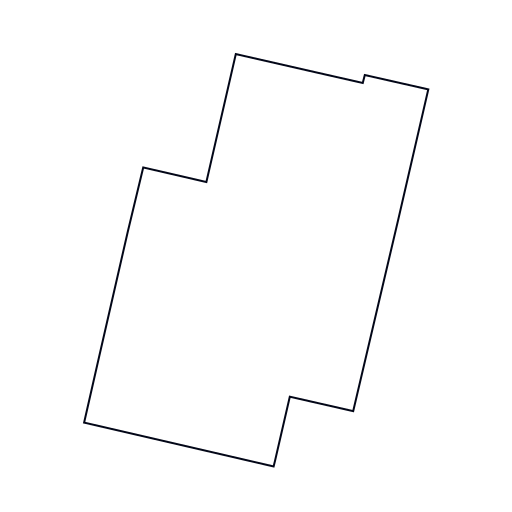 outline of Pawnee, Kansas, United States of America, rotated 103°
{"feature_id": "52423323B20643540439261", "entity_name": "Pawnee", "entity_type": "district", "adm_level": 2, "iso_a3": "USA", "parent_name": "United States of America", "parent_adm1": "Kansas", "projection": "natural_earth1", "projection_center": [-99.239, 38.175], "detail": "fine", "context": "isolated", "style": "outline", "palette": "ink", "viewbox_px": 512, "rotation_deg": 103, "n_neighbors": 0, "source": "geoboundaries", "source_scale": "gbopen_adm2", "svg_char_len": 365}
<svg xmlns="http://www.w3.org/2000/svg" viewBox="0 0 512 512"><g transform="rotate(103 256 256)"><path d="M391.7,386.2L457.0,386.0L457.1,191.5L451.6,191.4L391.3,191.4L385.5,191.4L385.3,126.4L188.2,125.6L54.9,125.6L55.2,190.7L63.4,190.9L63.6,245.1L63.8,321.1L195.1,321.0L195.1,385.8L260.8,386.4L391.7,386.2Z" fill="none" stroke="#020617" stroke-width="2"/></g></svg>